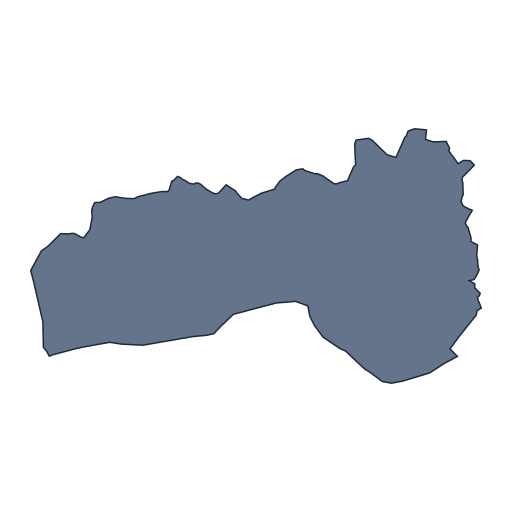 Kagarko, Kaduna, Nigeria
{"feature_id": "59680162B89404589930000", "entity_name": "Kagarko", "entity_type": "district", "adm_level": 2, "iso_a3": "NGA", "parent_name": "Nigeria", "parent_adm1": "Kaduna", "projection": "albers", "projection_center": [7.654, 9.484], "detail": "fine", "context": "isolated", "style": "filled", "palette": "slate", "viewbox_px": 512, "rotation_deg": 0, "n_neighbors": 0, "source": "geoboundaries", "source_scale": "gbopen_adm2", "svg_char_len": 2464}
<svg xmlns="http://www.w3.org/2000/svg" viewBox="0 0 512 512"><path d="M341.5,349.3L345.8,351.2L357.8,362.7L365.2,369.4L368.8,371.5L382.5,381.6L391.6,383.2L402.6,381.1L429.7,372.9L444.5,363.3L457.4,356.4L450.0,348.9L458.9,336.8L476.3,315.0L477.0,311.0L478.8,309.6L481.3,308.1L478.8,301.6L478.3,300.9L477.9,299.7L477.5,297.7L478.1,296.9L478.8,296.3L479.3,295.6L480.2,293.3L475.3,288.3L474.7,288.1L474.8,287.8L474.7,283.8L469.2,280.6L474.2,279.5L476.7,275.2L479.1,270.0L479.0,269.9L478.2,267.0L478.2,266.4L477.9,264.7L477.8,264.4L477.8,262.3L477.6,260.8L477.4,259.1L477.3,258.3L476.7,256.0L477.5,245.0L470.8,241.4L471.1,238.3L468.2,227.9L468.0,227.1L466.7,226.2L465.4,223.4L465.4,222.5L465.9,221.4L468.2,217.2L472.3,210.3L468.5,208.8L463.0,205.8L461.2,201.5L462.0,197.4L463.2,194.6L462.8,182.6L462.0,180.6L462.3,177.3L474.4,165.1L470.1,160.7L463.4,160.4L458.2,163.7L448.9,151.1L449.6,148.4L446.2,141.4L433.3,141.9L425.5,139.4L426.5,129.9L414.8,128.8L414.4,128.8L408.2,131.0L407.2,133.2L406.4,135.8L404.9,137.2L396.9,155.3L395.9,157.4L387.1,154.8L372.9,140.9L372.3,140.3L368.5,138.3L356.1,140.1L355.9,140.4L354.7,144.0L355.0,151.9L355.6,164.8L353.4,167.2L347.5,180.7L339.0,182.8L336.7,183.8L335.3,183.8L334.5,184.0L326.9,178.8L322.5,175.7L317.4,173.6L315.4,173.9L305.1,170.7L302.8,168.8L296.3,169.9L286.1,176.3L279.8,181.2L275.0,187.8L275.0,189.0L262.7,192.8L261.4,193.2L256.1,195.9L248.8,199.9L248.3,200.0L244.2,198.9L243.7,198.8L242.1,198.7L236.8,192.8L235.5,190.9L226.1,184.8L218.7,192.9L215.7,194.0L212.2,192.7L206.3,189.2L200.6,184.2L198.1,183.0L195.2,183.2L194.0,184.1L189.4,183.3L184.9,180.4L184.3,180.1L182.8,179.5L180.2,177.5L177.6,176.4L173.4,180.6L171.9,181.1L170.6,184.9L169.1,190.2L167.7,191.5L161.4,191.6L150.9,193.4L137.8,196.8L134.2,198.6L132.7,198.6L126.4,198.4L120.5,197.6L115.5,196.7L108.7,198.2L100.1,202.4L94.8,202.5L92.8,206.3L91.7,210.2L92.3,217.8L92.1,217.9L89.8,229.8L89.7,229.9L83.7,237.8L81.4,237.3L75.0,233.8L74.7,233.6L73.5,233.5L72.2,233.3L68.8,233.9L60.7,233.6L47.8,246.4L41.5,250.7L30.7,270.5L33.2,279.9L41.6,316.3L42.8,321.4L42.9,323.3L43.4,347.3L46.6,351.2L49.2,356.1L50.1,355.9L50.9,355.6L52.1,355.0L59.4,353.0L67.8,350.8L73.9,349.1L83.4,347.0L109.7,342.3L121.4,344.1L136.3,344.9L142.8,345.2L169.0,340.7L192.8,336.6L206.5,335.3L213.8,333.7L220.3,326.8L220.9,326.2L233.4,314.3L276.2,303.0L295.7,301.4L307.9,305.9L309.8,316.4L314.6,325.7L323.0,337.1L339.7,348.4L341.5,349.3Z" fill="#64748b" stroke="#1e293b" stroke-width="1.5"/></svg>